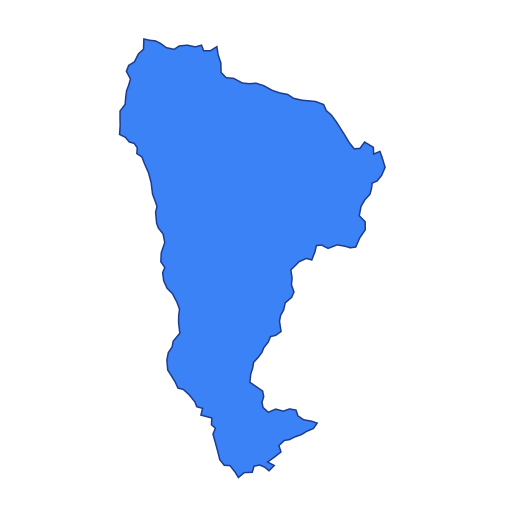 the district of Jarinu, São Paulo, Brazil, rotated 178°
{"feature_id": "56859067B61346440188878", "entity_name": "Jarinu", "entity_type": "district", "adm_level": 2, "iso_a3": "BRA", "parent_name": "Brazil", "parent_adm1": "São Paulo", "projection": "albers", "projection_center": [-46.723, -23.095], "detail": "fine", "context": "isolated", "style": "filled", "palette": "blue", "viewbox_px": 512, "rotation_deg": 178, "n_neighbors": 0, "source": "geoboundaries", "source_scale": "gbopen_adm2", "svg_char_len": 2367}
<svg xmlns="http://www.w3.org/2000/svg" viewBox="0 0 512 512"><g transform="rotate(178 256 256)"><path d="M316.6,98.9L310.6,97.1L305.8,95.6L306.4,88.9L302.6,85.3L305.2,79.5L303.3,71.6L300.9,61.3L299.3,53.7L295.0,47.9L289.4,47.5L284.5,40.9L281.3,35.2L275.4,39.9L267.3,40.0L265.3,46.0L259.6,47.0L254.6,44.6L250.5,40.9L245.1,46.0L251.6,49.7L244.6,54.4L237.9,59.3L239.7,65.8L234.1,70.7L229.1,71.3L223.8,73.7L216.7,76.0L211.7,78.9L204.7,81.6L200.7,86.8L206.0,88.9L214.1,90.7L219.7,94.8L221.4,100.6L227.8,102.0L234.1,100.0L241.7,102.3L249.1,99.4L254.3,104.4L255.1,109.7L253.2,115.2L254.1,120.8L266.5,130.0L265.4,138.1L263.2,144.2L262.1,149.8L257.2,154.8L253.5,159.4L251.3,164.2L246.7,169.7L244.3,175.0L239.1,176.0L233.6,179.7L234.8,190.0L233.5,195.8L230.3,201.1L228.4,208.2L221.9,213.4L219.3,218.7L221.6,226.0L220.7,232.8L221.7,240.9L213.1,248.8L205.8,251.8L200.4,250.1L196.8,258.5L195.3,264.3L190.2,264.7L183.7,261.1L174.5,264.3L166.5,262.6L161.5,260.9L156.0,261.5L151.7,270.5L145.9,278.4L145.7,286.4L151.4,292.6L149.3,301.9L145.2,308.4L140.0,313.7L138.2,319.5L137.3,324.8L132.3,326.8L127.7,332.1L123.9,340.1L126.6,350.3L128.5,356.2L134.9,353.8L134.9,360.5L143.5,366.1L148.4,359.9L154.1,359.7L158.9,366.1L163.3,374.1L166.5,379.5L170.7,386.8L175.7,394.1L180.7,398.9L183.1,405.0L191.0,408.3L196.9,409.1L204.2,410.0L213.0,412.3L218.8,416.4L226.8,418.2L234.3,421.1L242.2,425.9L250.0,428.7L256.5,428.4L263.5,429.3L272.1,434.3L279.6,435.2L284.5,440.7L284.4,450.1L286.9,458.6L287.8,466.6L294.4,462.7L301.2,463.0L303.1,468.6L309.3,467.1L317.3,469.1L325.4,468.6L330.6,465.4L338.5,467.4L344.0,471.8L349.1,474.5L354.7,475.3L360.5,476.8L361.2,466.6L366.4,462.2L370.7,454.3L376.5,451.0L379.1,445.2L375.3,437.3L377.4,430.8L379.5,425.9L380.6,419.7L381.5,412.1L386.8,405.6L387.1,398.6L387.2,391.0L388.1,382.2L382.5,379.3L378.6,374.3L373.8,372.8L370.9,368.4L371.5,362.5L366.6,359.0L364.3,352.4L360.5,342.9L358.3,333.3L357.2,321.3L354.9,314.6L353.2,308.9L354.8,303.4L354.2,292.3L352.5,287.2L348.1,281.3L346.7,272.7L350.6,262.4L351.3,253.5L347.5,247.7L349.9,242.6L349.1,234.5L346.0,226.9L340.8,221.3L336.5,212.3L334.3,205.5L335.4,198.7L335.7,192.0L334.8,181.5L341.7,173.8L343.0,168.0L347.0,162.5L348.7,155.1L348.2,145.1L344.8,139.3L341.1,132.8L338.6,126.7L333.3,125.2L327.9,119.9L322.2,112.4L320.4,107.4L314.7,105.6L316.6,98.9Z" fill="#3b82f6" stroke="#1e3a8a" stroke-width="1.5"/></g></svg>